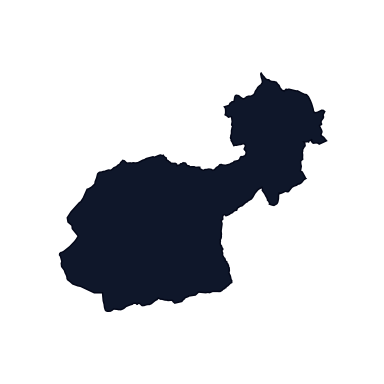 outline of Zarnesti, Brasov, Romania, rotated 307°
{"feature_id": "2599482B21049619032220", "entity_name": "Zarnesti", "entity_type": "district", "adm_level": 2, "iso_a3": "ROU", "parent_name": "Romania", "parent_adm1": "Brasov", "projection": "equal_earth", "projection_center": [25.28, 45.588], "detail": "fine", "context": "isolated", "style": "filled", "palette": "ink", "viewbox_px": 384, "rotation_deg": 307, "n_neighbors": 0, "source": "geoboundaries", "source_scale": "gbopen_adm2", "svg_char_len": 6094}
<svg xmlns="http://www.w3.org/2000/svg" viewBox="0 0 384 384"><g transform="rotate(307 192 192)"><path d="M151.7,269.1L153.9,267.2L154.2,266.2L155.0,265.6L156.1,263.8L156.1,263.1L156.4,262.6L157.2,261.7L157.0,260.1L157.7,259.5L158.7,258.1L158.7,257.1L159.9,254.4L161.7,253.2L163.1,251.0L164.5,251.2L165.2,250.7L165.7,249.1L166.6,248.1L166.8,247.6L166.5,247.3L166.6,247.0L168.2,245.1L169.7,244.3L171.0,243.1L172.0,243.2L173.8,242.4L175.3,241.2L176.0,240.9L178.3,238.7L184.2,235.4L185.0,234.8L186.4,232.8L187.6,232.5L188.2,232.9L188.9,232.9L190.5,231.4L192.2,230.8L193.4,231.4L193.8,232.1L193.4,233.2L193.5,233.4L195.2,234.5L196.7,235.3L198.7,235.8L199.1,236.4L202.8,237.2L204.3,238.6L206.2,238.0L207.1,237.9L207.7,238.5L209.1,238.7L211.2,240.3L216.1,241.2L217.5,242.0L218.6,242.0L222.2,243.6L224.5,243.6L228.8,243.0L232.8,243.2L234.1,243.4L237.8,245.0L236.6,246.7L235.6,247.2L234.4,251.1L233.1,253.7L232.7,254.8L232.8,255.2L232.0,255.9L231.8,256.6L231.0,257.1L230.7,258.9L229.6,260.9L228.9,261.1L229.7,263.6L230.6,265.5L233.4,266.7L234.0,266.8L235.7,266.5L238.6,265.1L242.3,262.5L243.1,262.8L243.7,262.3L244.1,263.5L245.8,264.6L248.6,266.0L249.1,266.6L249.5,267.9L250.4,268.8L255.8,268.9L258.0,269.8L260.4,271.5L262.5,271.9L262.9,272.3L262.8,272.5L262.5,272.4L262.6,272.6L263.0,272.8L263.2,272.6L263.6,273.1L264.1,273.4L265.6,273.8L269.1,273.9L271.3,274.8L271.3,274.1L271.8,273.5L274.2,268.2L274.3,267.5L273.9,266.8L274.1,266.1L274.7,265.6L278.3,263.8L279.8,262.0L281.8,260.3L283.1,260.2L284.7,260.7L286.0,259.5L288.2,258.0L290.0,256.2L291.0,255.9L292.6,254.8L295.6,254.4L296.2,254.6L297.1,254.4L298.6,252.9L299.2,251.0L300.5,252.7L301.4,253.5L301.7,253.6L302.1,255.0L303.0,254.7L305.7,255.8L305.8,256.1L305.2,256.3L304.2,257.1L304.2,257.8L304.5,258.0L304.0,258.4L303.9,259.0L304.0,259.5L306.3,261.9L306.4,262.5L307.0,263.0L306.8,263.7L306.8,264.1L307.1,264.3L306.9,264.8L313.9,268.6L314.1,267.9L313.9,266.9L314.5,266.1L314.9,264.1L314.8,261.5L315.5,260.4L318.2,259.6L319.2,258.4L321.3,254.3L322.0,253.8L323.8,254.8L324.4,254.4L324.9,253.5L325.7,252.7L327.2,252.3L329.9,252.3L331.2,251.4L331.3,251.6L332.5,250.2L336.1,249.6L336.2,247.8L335.4,246.4L331.4,244.4L329.9,243.2L329.1,241.9L330.0,239.9L331.1,238.9L334.3,234.6L336.2,231.5L338.1,227.6L338.6,224.9L338.3,224.1L337.8,223.7L337.0,220.1L336.3,215.5L335.4,214.4L332.4,207.5L330.6,206.0L330.7,205.3L327.9,204.9L327.9,204.0L327.3,202.4L327.8,201.6L327.9,200.1L329.0,198.2L329.1,197.6L329.5,197.4L329.7,195.3L330.2,193.9L330.1,193.0L330.3,192.8L329.7,191.9L329.6,191.2L329.0,190.7L329.0,190.2L328.2,189.3L327.9,187.9L327.5,187.5L327.9,185.9L326.8,184.2L326.7,183.2L326.9,181.5L327.3,180.5L327.2,180.4L327.9,177.4L328.6,175.7L328.3,175.6L327.5,176.0L325.1,178.6L324.0,180.3L322.0,182.3L319.1,182.6L317.4,182.0L315.0,181.6L313.5,181.9L310.4,182.0L309.3,182.5L307.0,182.8L304.0,181.5L302.4,179.4L300.6,178.2L299.4,178.2L297.1,176.9L296.8,173.7L297.0,172.0L296.8,170.8L296.2,169.9L296.2,169.5L295.2,168.7L293.6,169.0L289.6,171.1L287.8,169.5L286.9,169.5L285.8,169.0L283.5,169.5L279.5,166.6L278.9,168.4L277.1,170.0L275.1,171.5L273.6,172.0L273.9,174.1L273.7,176.1L275.5,177.4L275.8,178.2L275.6,178.6L272.4,181.8L269.6,183.2L269.3,183.6L269.4,184.0L269.2,184.6L268.1,185.3L267.6,185.3L264.8,186.6L262.4,188.4L260.2,189.2L259.0,190.1L258.5,190.1L257.9,190.9L257.9,191.6L256.7,192.3L256.0,194.2L254.2,197.5L255.5,198.4L256.0,199.3L258.4,201.3L259.2,202.3L261.5,203.8L261.8,205.0L261.8,205.7L261.1,206.9L260.7,207.1L257.7,207.8L257.3,208.8L257.3,209.9L256.3,211.4L254.4,212.4L252.5,212.4L251.8,211.8L250.9,211.7L250.6,210.9L249.7,209.9L248.8,209.8L246.7,210.4L244.9,210.0L241.8,207.3L240.3,207.3L238.4,206.0L237.1,205.6L233.4,202.6L231.9,200.0L231.5,198.6L230.8,198.3L230.5,197.8L228.1,197.7L226.8,197.0L225.5,196.7L223.4,196.6L221.8,195.6L221.6,193.7L220.4,191.6L218.7,190.1L217.8,188.9L216.4,188.3L215.8,187.4L215.3,184.0L216.4,183.4L216.0,182.6L213.9,180.2L213.4,178.4L210.8,175.1L210.8,174.5L211.1,173.9L210.1,172.2L211.1,169.6L210.9,168.7L210.1,168.1L210.1,167.6L209.9,167.6L209.6,167.1L208.6,167.0L207.6,165.9L205.9,165.9L205.4,165.1L204.0,164.3L205.0,162.8L204.8,161.4L203.3,159.5L202.9,158.7L202.4,158.4L202.0,157.9L202.4,157.5L202.6,156.2L202.3,155.1L202.6,154.3L202.3,152.3L203.7,150.8L203.4,149.6L203.6,148.0L204.0,146.9L203.3,146.7L202.5,144.4L200.7,143.2L197.1,141.1L196.7,139.7L191.5,135.6L190.4,135.0L189.4,134.8L187.9,133.6L182.9,131.2L181.0,129.3L180.0,127.5L178.4,126.1L178.1,125.2L175.9,122.7L175.9,121.4L176.2,119.2L175.5,117.6L174.0,117.6L172.8,117.3L171.2,117.6L169.7,117.2L169.2,116.8L166.7,116.4L164.3,115.0L161.9,114.6L160.5,114.1L159.3,112.1L157.2,110.6L156.0,110.0L154.9,108.7L153.8,108.1L152.0,106.2L150.4,105.8L149.6,105.8L145.9,107.4L142.2,108.4L140.0,109.6L135.6,108.9L132.4,107.6L131.1,106.6L121.7,108.8L117.0,109.1L115.9,108.5L103.4,107.4L96.4,107.9L93.4,111.1L93.1,116.3L90.7,118.5L88.4,127.7L84.7,128.1L81.8,128.1L74.9,127.3L67.8,125.5L65.7,124.6L64.7,123.7L63.3,123.4L62.0,124.1L61.5,125.7L58.3,129.8L56.3,130.6L54.0,132.8L52.8,137.0L51.1,139.5L50.2,141.4L49.0,143.2L47.8,144.2L47.1,145.4L47.1,148.7L46.8,152.1L48.4,157.3L49.6,159.7L52.7,174.6L57.7,181.2L51.7,186.6L49.5,189.4L47.3,191.5L45.6,193.8L45.4,195.0L45.9,196.3L47.6,198.4L49.1,199.2L51.4,199.8L53.5,203.1L53.6,203.7L54.8,205.3L55.0,205.8L55.4,206.1L57.0,207.1L58.5,207.7L60.9,208.2L64.5,210.4L66.5,211.9L67.5,212.0L68.5,212.9L69.4,214.2L69.2,215.6L69.5,215.9L70.7,215.9L71.6,217.5L71.2,220.2L71.4,220.7L72.5,222.0L74.4,223.3L75.5,224.3L76.6,225.7L78.4,226.7L83.0,227.8L83.9,228.3L84.5,228.3L85.0,228.8L86.9,228.8L87.6,231.6L88.3,232.4L89.4,235.3L90.7,237.3L90.9,238.1L93.1,240.6L93.7,242.0L93.1,242.7L92.9,245.1L98.4,249.7L101.1,249.8L102.0,250.2L103.5,250.1L105.7,251.6L106.5,252.0L107.0,252.0L111.8,256.7L115.8,257.4L116.2,257.7L119.8,263.5L121.5,265.1L122.2,266.6L125.1,268.3L129.5,274.3L131.3,275.1L133.1,275.3L133.8,275.8L135.3,276.1L135.9,276.5L136.1,276.3L137.5,276.5L138.7,277.0L142.3,277.5L143.6,278.2L145.2,277.0L145.6,275.8L147.5,273.7L148.5,272.3L148.7,271.5L149.9,269.9L151.7,269.1Z" fill="#0f172a" stroke="#020617" stroke-width="1.5"/></g></svg>